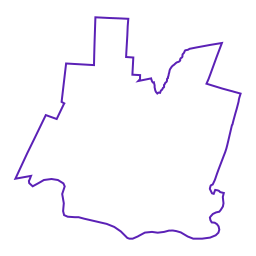 outline of Branistea, Galati, Romania
{"feature_id": "2599482B60260164526160", "entity_name": "Branistea", "entity_type": "district", "adm_level": 2, "iso_a3": "ROU", "parent_name": "Romania", "parent_adm1": "Galati", "projection": "robinson", "projection_center": [27.84, 45.445], "detail": "fine", "context": "isolated", "style": "outline", "palette": "violet", "viewbox_px": 256, "rotation_deg": 0, "n_neighbors": 0, "source": "geoboundaries", "source_scale": "gbopen_adm2", "svg_char_len": 2696}
<svg xmlns="http://www.w3.org/2000/svg" viewBox="0 0 256 256"><path d="M223.8,193.0L220.2,192.1L219.0,190.9L217.8,190.4L215.2,189.9L213.7,193.8L213.4,193.7L213.0,193.6L212.0,193.3L209.9,189.0L209.9,188.3L210.6,185.8L211.2,185.1L212.0,184.8L212.7,184.5L214.7,180.3L215.3,178.7L216.9,174.0L218.5,169.6L223.8,155.7L225.2,152.1L226.4,148.4L227.3,144.9L228.3,140.7L231.9,125.3L232.0,125.0L232.3,124.8L232.6,124.0L232.9,122.6L233.6,119.9L235.4,113.3L236.6,109.2L237.9,104.3L238.6,101.5L238.8,100.1L238.9,99.3L239.1,98.7L239.2,98.1L240.6,93.6L237.4,92.7L233.4,91.6L232.8,91.4L230.1,90.7L222.4,88.6L212.3,85.5L206.5,83.7L208.6,78.9L210.4,74.1L216.5,57.3L221.9,43.0L210.3,44.9L196.2,47.5L191.2,48.5L189.6,48.8L187.9,49.8L185.3,50.3L184.7,51.1L184.1,52.6L183.5,53.4L182.8,54.1L182.5,54.7L182.4,56.7L182.0,57.4L181.5,57.7L180.6,58.4L180.3,59.0L180.1,59.4L180.2,59.9L180.2,60.4L179.6,61.2L179.0,61.6L178.1,62.0L177.0,62.3L175.9,63.0L175.7,63.3L174.9,63.9L174.4,64.5L173.0,65.5L172.5,65.9L171.5,67.0L171.0,67.8L170.3,68.8L169.8,69.8L169.6,70.5L169.2,72.6L168.7,74.2L168.7,74.6L168.4,76.0L168.1,76.6L168.0,76.9L168.0,78.0L167.8,78.2L167.5,78.4L167.2,78.6L167.0,79.6L166.9,80.1L167.0,80.7L166.7,81.5L166.2,82.2L165.4,82.7L164.9,83.6L164.6,84.4L164.0,85.0L164.1,86.9L163.8,87.4L163.0,87.9L162.5,88.8L162.3,89.4L162.1,89.7L161.3,90.2L160.8,90.9L160.3,92.1L160.1,92.8L158.5,92.6L157.3,93.5L157.0,93.1L156.0,92.0L155.6,91.2L155.1,89.8L155.0,89.0L154.9,88.6L154.6,87.4L154.6,85.4L153.9,82.4L153.7,82.5L153.2,82.5L152.9,82.5L152.5,82.0L152.1,81.4L151.9,81.0L151.7,80.3L151.3,79.3L151.2,78.9L151.1,78.4L138.3,81.0L140.0,79.2L140.1,75.1L132.4,74.7L133.3,57.5L126.1,57.0L126.3,52.8L127.3,35.8L127.7,26.3L128.3,18.8L119.7,18.4L109.4,18.0L95.4,17.3L94.6,41.0L94.4,48.1L94.2,55.6L94.0,65.1L66.1,63.5L61.6,101.9L64.3,103.4L63.7,104.4L56.7,119.0L45.8,115.1L34.8,137.8L27.3,153.1L15.4,178.7L23.2,177.3L31.0,175.9L30.7,176.6L30.1,178.4L29.2,180.4L28.9,180.9L29.2,183.1L31.8,185.5L32.7,186.3L37.8,183.5L40.3,182.1L43.9,180.0L51.5,179.0L57.9,180.0L63.4,183.4L64.7,186.4L62.2,194.0L63.8,203.3L63.1,211.1L64.1,215.1L67.7,216.7L74.9,217.2L78.6,217.2L84.2,218.7L106.7,223.9L114.2,226.9L120.8,231.4L127.3,237.9L129.5,238.7L132.6,238.7L137.9,236.4L138.9,235.8L144.9,232.6L152.0,231.9L157.7,232.7L164.1,231.9L169.0,230.6L170.2,230.6L172.8,230.5L174.5,230.8L176.3,231.1L180.8,232.4L187.7,236.5L193.3,238.7L201.9,238.7L207.8,237.9L210.1,237.6L215.7,235.3L218.4,232.7L219.3,229.7L218.6,226.4L217.0,224.2L214.7,222.7L211.7,222.4L210.4,220.1L209.9,217.5L210.6,216.5L212.8,214.0L216.1,212.4L219.3,211.7L220.7,210.0L222.9,206.5L223.5,203.3L223.3,201.6L222.8,197.0L223.7,193.3L223.8,193.0Z" fill="none" stroke="#5b21b6" stroke-width="2"/></svg>